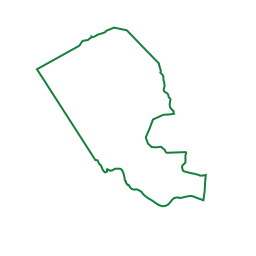 outline of Vanard, Anse-la-Raye, Saint Lucia, rotated 154°
{"feature_id": "8701671B51566327672106", "entity_name": "Vanard", "entity_type": "district", "adm_level": 2, "iso_a3": "LCA", "parent_name": "Saint Lucia", "parent_adm1": "Anse-la-Raye", "projection": "mercator", "projection_center": [-60.995, 13.938], "detail": "fine", "context": "isolated", "style": "outline", "palette": "green", "viewbox_px": 256, "rotation_deg": 154, "n_neighbors": 0, "source": "geoboundaries", "source_scale": "gbopen_adm2", "svg_char_len": 3971}
<svg xmlns="http://www.w3.org/2000/svg" viewBox="0 0 256 256"><g transform="rotate(154 128 128)"><path d="M86.7,81.0L95.4,84.9L102.2,87.9L102.8,88.2L103.0,88.3L103.4,88.5L104.1,88.9L104.2,89.0L104.3,89.3L104.6,89.8L104.6,90.1L104.7,90.7L104.7,91.0L104.5,91.6L104.5,91.8L104.5,92.0L104.7,92.4L104.7,92.7L104.9,93.1L105.1,93.3L105.3,93.9L105.5,94.2L105.8,94.9L106.0,95.3L106.1,95.5L106.4,96.6L107.5,97.0L109.3,97.6L111.7,98.5L112.5,99.0L115.2,100.6L116.1,103.3L116.7,104.6L116.9,105.2L116.2,111.6L114.1,113.5L112.6,114.8L109.5,117.4L101.8,124.7L90.5,124.4L85.4,122.3L83.4,121.5L83.2,121.4L81.5,121.0L80.4,120.7L80.4,121.1L80.5,121.4L80.4,121.7L80.1,122.2L79.9,122.5L79.8,122.9L79.6,123.2L79.7,123.3L79.8,123.5L80.0,124.0L80.5,125.3L80.7,125.7L80.9,127.0L80.9,127.4L81.0,127.9L80.9,128.7L80.7,129.5L80.2,130.9L80.0,131.3L79.8,131.6L79.4,132.1L79.0,132.9L78.2,133.8L77.7,134.4L77.4,135.0L77.2,135.3L77.4,136.4L77.8,137.5L77.8,138.2L77.7,138.8L77.3,139.9L77.3,140.2L77.4,141.0L77.4,141.4L77.5,141.6L77.8,142.3L78.7,143.8L79.1,144.5L79.4,144.9L79.4,145.6L79.4,146.0L79.3,146.3L78.9,147.0L78.2,147.9L77.0,149.3L76.5,150.1L75.9,152.1L75.7,152.5L75.3,153.3L75.3,154.0L75.2,155.2L74.8,156.3L74.7,156.7L74.3,157.3L73.7,158.6L73.6,160.4L74.1,161.9L74.3,162.5L74.4,162.9L74.6,163.6L74.3,163.9L73.6,164.7L73.2,165.9L73.1,166.9L73.1,167.4L72.9,168.1L72.7,169.1L72.5,170.5L72.4,170.8L72.2,171.9L71.9,172.5L72.1,172.8L72.1,173.0L77.6,189.7L85.7,214.7L86.1,215.8L86.2,216.3L96.6,224.4L99.3,224.5L102.0,224.7L104.7,224.9L105.7,224.6L106.5,224.1L108.9,224.3L110.9,224.6L113.0,225.0L115.4,225.1L117.4,224.9L118.9,225.0L120.6,225.4L120.8,225.4L120.9,225.8L121.0,225.6L121.1,225.4L122.9,225.3L123.8,225.0L124.8,224.8L125.6,224.7L126.8,225.0L129.7,226.0L130.9,226.0L131.2,226.0L132.0,225.6L132.7,225.0L134.3,224.1L135.7,223.3L184.1,220.7L183.9,219.7L183.9,219.1L182.1,204.5L181.2,196.4L181.1,195.9L181.1,195.6L176.2,154.2L171.6,115.3L171.4,113.5L170.9,113.2L170.4,112.9L170.2,112.8L170.0,112.6L169.4,112.1L169.5,111.5L169.6,110.4L169.6,109.6L169.6,108.7L169.2,107.3L169.0,106.7L168.7,106.0L168.7,105.6L168.7,105.1L168.8,104.9L168.8,104.6L168.9,104.1L168.9,103.5L169.0,101.9L169.0,101.1L168.6,99.2L168.1,98.2L167.2,97.9L166.7,98.0L166.4,98.0L165.8,98.2L165.4,99.3L165.2,99.9L165.1,100.0L164.7,100.1L164.4,99.6L163.9,98.9L163.7,98.7L163.1,97.9L163.0,97.6L162.4,97.3L161.9,97.1L160.9,96.9L159.7,96.9L158.6,97.0L157.7,97.0L157.3,97.0L157.1,97.0L156.2,96.4L154.5,95.7L153.6,95.1L152.8,94.7L152.6,94.5L152.2,94.0L152.0,93.2L151.8,92.6L151.8,90.9L152.0,89.5L152.1,88.6L152.2,87.9L152.4,86.8L152.7,85.8L152.9,85.0L153.1,84.3L153.4,83.6L153.5,83.0L153.6,82.3L153.6,81.9L153.6,81.3L153.3,81.0L153.8,79.7L153.7,79.4L153.4,77.4L153.1,77.0L153.0,76.8L152.8,76.8L152.4,76.7L152.3,75.3L152.2,74.9L152.2,74.7L152.2,74.0L151.7,72.3L151.5,71.9L151.3,71.5L151.1,71.3L150.1,70.4L149.8,70.2L149.3,69.8L148.3,69.5L148.0,69.5L147.2,69.1L146.0,67.8L145.7,67.5L144.4,65.5L143.8,64.5L143.7,64.4L143.5,62.8L143.4,61.7L142.4,59.5L141.6,57.9L140.6,55.9L138.4,52.7L135.4,47.4L134.1,45.3L132.8,43.9L131.1,42.5L129.3,41.8L128.2,41.6L126.6,41.5L125.1,41.7L123.2,42.5L121.2,43.4L119.4,44.2L117.6,44.8L116.1,44.6L114.7,44.2L113.1,43.4L112.6,42.6L110.3,41.8L108.0,41.3L105.4,40.7L102.1,39.7L100.3,38.7L98.1,36.6L96.7,34.9L93.9,32.1L91.9,30.0L86.7,37.8L86.6,38.0L86.4,38.3L86.1,38.8L85.8,39.3L85.7,39.6L85.5,40.0L85.3,40.4L85.0,40.8L84.9,41.0L84.5,41.8L84.0,42.7L83.9,42.9L83.7,43.2L83.7,43.3L83.1,44.4L82.6,45.3L82.3,45.7L82.0,46.2L79.4,50.6L78.7,51.7L82.0,52.6L84.1,53.6L84.5,54.1L84.9,54.7L85.4,55.1L85.8,55.5L86.4,56.0L87.6,57.1L89.1,58.3L91.3,59.9L91.9,60.4L96.0,63.9L96.6,64.5L97.1,65.1L97.2,65.5L97.2,66.4L97.1,66.9L97.1,67.4L96.8,68.0L96.8,68.4L96.6,68.9L96.3,69.9L95.6,70.3L95.4,70.4L94.3,70.9L92.8,71.3L92.4,71.5L91.9,71.6L91.7,71.7L91.3,72.2L91.3,72.3L90.4,73.9L89.6,75.8L89.2,76.5L88.8,77.4L88.3,78.3L87.9,78.6L87.3,79.4L86.9,80.0L86.7,80.3L86.7,80.9L86.7,81.0Z" fill="none" stroke="#15803d" stroke-width="2"/></g></svg>